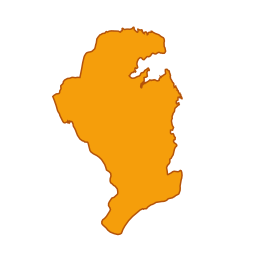 outline of Tanga Urban, Tanga, United Republic of Tanzania, rotated 342°
{"feature_id": "72390352B10610893489740", "entity_name": "Tanga Urban", "entity_type": "district", "adm_level": 2, "iso_a3": "TZA", "parent_name": "United Republic of Tanzania", "parent_adm1": "Tanga", "projection": "robinson", "projection_center": [39.063, -5.126], "detail": "fine", "context": "isolated", "style": "filled", "palette": "amber", "viewbox_px": 256, "rotation_deg": 342, "n_neighbors": 0, "source": "geoboundaries", "source_scale": "gbopen_adm2", "svg_char_len": 5773}
<svg xmlns="http://www.w3.org/2000/svg" viewBox="0 0 256 256"><g transform="rotate(342 128 128)"><path d="M66.2,74.8L66.5,79.0L66.6,84.5L66.4,89.6L66.7,91.6L67.2,93.2L67.1,94.9L67.3,96.6L68.0,101.3L68.4,102.7L69.0,103.3L69.6,103.6L70.6,103.6L71.2,103.4L71.6,103.4L72.3,104.3L72.7,103.9L72.6,103.4L73.0,102.6L73.7,103.6L73.2,104.1L73.2,104.6L73.5,105.2L74.2,104.8L74.2,103.9L74.7,103.4L75.3,104.1L75.9,104.1L76.7,104.9L77.0,107.1L76.6,109.4L77.1,111.5L77.4,113.5L77.7,119.3L78.9,123.6L80.7,126.1L81.8,126.7L82.5,127.9L85.1,129.0L85.4,130.1L84.9,137.5L85.3,139.2L87.1,141.8L89.9,144.6L91.5,146.8L93.1,149.8L93.6,151.6L94.6,155.5L94.7,158.4L94.6,161.3L96.6,163.8L97.5,165.8L97.0,168.4L95.4,170.7L94.6,172.9L94.6,174.7L95.8,176.4L96.6,178.1L97.8,179.4L99.0,182.6L98.6,185.4L98.1,186.9L97.5,187.7L93.4,189.6L90.9,189.7L87.5,192.4L86.2,193.8L85.5,195.8L86.1,198.2L86.1,200.2L84.9,201.5L80.2,205.4L77.7,206.8L75.6,207.5L74.2,208.9L73.6,210.9L74.2,212.6L76.4,216.4L77.3,218.9L79.0,221.5L82.1,224.1L85.5,226.2L87.9,226.4L89.3,226.0L91.8,222.9L94.7,220.2L99.9,216.3L105.0,213.5L114.5,209.6L115.6,209.6L116.9,209.3L117.6,210.0L118.2,209.8L120.7,210.4L122.6,209.2L125.9,208.2L127.7,208.2L129.8,207.9L131.7,207.4L137.3,208.3L139.2,208.8L140.5,208.9L142.4,208.7L144.5,207.7L148.9,208.1L149.8,207.7L150.7,207.7L152.5,207.0L155.0,206.6L155.8,206.4L156.2,206.1L158.2,203.5L159.1,201.2L159.6,199.3L162.6,193.6L163.5,192.4L164.8,189.6L165.4,186.9L165.4,185.2L164.6,184.5L163.5,185.0L162.1,185.1L158.5,183.4L157.0,183.4L155.2,184.0L151.5,184.7L151.2,184.4L151.9,181.2L152.3,178.3L152.6,177.3L154.0,175.8L156.1,174.6L157.0,173.7L157.5,172.8L158.1,170.6L159.7,170.1L161.1,168.7L162.6,167.5L165.7,162.4L167.0,161.0L168.9,160.0L169.1,159.2L168.6,157.8L167.5,156.5L167.2,155.3L167.2,154.4L168.2,153.4L168.7,153.6L169.2,153.5L170.0,151.5L169.4,150.6L169.4,148.2L169.1,147.3L167.5,147.1L166.9,146.3L167.0,145.4L167.8,143.2L168.5,143.3L169.7,143.8L170.2,143.1L171.5,141.6L171.0,139.6L171.0,138.2L171.4,135.1L171.8,134.0L173.1,132.4L173.3,131.1L174.2,129.6L174.8,129.2L174.9,128.7L175.3,128.1L176.7,127.1L177.4,126.4L178.3,124.4L178.9,123.7L183.1,121.7L183.8,121.7L184.1,121.3L183.7,120.8L184.1,119.8L184.0,119.7L181.9,120.2L181.6,119.2L181.9,119.1L182.0,118.6L181.9,118.3L182.0,117.9L182.5,117.2L184.1,116.9L185.1,114.3L186.6,114.5L186.8,115.2L187.1,114.8L187.3,115.3L188.0,115.5L188.1,116.5L188.3,116.8L188.5,116.6L188.4,116.4L188.6,115.8L188.2,113.1L187.5,112.6L188.1,112.8L188.0,112.1L188.3,112.1L188.2,111.8L187.5,111.2L187.8,110.9L187.5,110.8L187.1,109.9L187.2,108.8L187.0,108.3L187.2,108.1L186.9,107.4L186.6,107.3L186.8,107.1L186.6,105.2L186.3,104.7L186.3,104.4L186.4,104.0L186.1,103.5L186.2,102.9L185.9,103.0L185.4,103.7L184.7,103.7L185.0,103.3L184.7,102.7L184.7,101.4L184.9,101.0L184.9,101.8L185.0,100.8L185.2,100.2L185.2,99.3L185.7,99.1L185.1,99.2L184.6,98.6L184.1,95.4L183.8,94.4L183.8,93.4L184.1,92.8L184.1,91.9L184.7,91.0L184.6,90.1L184.7,89.2L184.5,87.8L184.7,87.4L184.8,86.5L183.9,85.8L183.6,84.7L183.1,84.1L182.4,84.2L181.7,83.9L181.4,84.3L180.9,86.1L180.8,87.5L180.0,88.3L178.9,88.4L178.2,88.8L177.7,88.8L177.1,89.2L176.6,89.3L176.4,89.1L175.0,90.1L174.8,89.9L175.0,89.7L174.8,89.4L174.8,89.7L174.5,89.7L172.8,91.1L172.5,91.6L172.6,91.8L172.3,92.3L170.8,92.4L169.6,91.7L168.4,90.4L167.9,90.5L167.3,90.1L166.5,90.2L166.4,89.9L166.4,90.1L165.5,89.8L164.7,90.0L164.4,89.8L164.3,89.5L163.7,89.0L161.9,89.8L160.0,90.2L159.5,90.5L159.1,90.2L158.0,90.2L157.9,90.6L158.0,90.8L157.9,90.9L157.3,90.6L157.4,90.2L156.3,90.7L156.3,91.0L155.7,91.1L155.5,90.8L155.1,90.8L154.0,91.6L154.3,91.8L153.9,91.9L153.7,92.6L153.8,92.8L153.6,92.8L153.8,93.1L153.5,93.2L153.5,93.8L153.4,93.9L153.1,93.9L152.8,93.3L152.9,92.3L154.2,90.0L155.4,89.6L157.9,88.2L158.9,85.0L161.4,85.2L162.5,84.6L162.5,83.7L162.9,82.3L163.0,81.1L164.6,79.5L165.2,79.4L165.9,79.8L166.2,79.4L165.9,77.4L165.0,77.3L163.7,78.1L162.4,78.2L161.5,78.6L160.7,79.4L159.5,79.9L158.6,79.7L157.3,79.9L155.9,81.5L154.8,82.0L152.5,82.0L149.6,82.5L147.8,82.1L146.9,81.7L146.2,80.8L145.3,79.1L145.3,78.6L146.0,78.5L146.8,77.6L148.5,76.6L149.4,76.6L149.9,76.8L151.0,76.0L152.2,77.1L152.6,76.9L152.9,76.6L152.6,75.5L152.6,74.5L152.9,73.6L153.4,73.1L153.7,73.1L154.3,74.0L155.4,73.8L156.0,73.3L156.1,70.3L156.5,69.1L157.4,67.6L159.2,65.7L161.2,64.8L162.3,65.3L162.8,66.0L163.1,67.1L163.7,67.7L164.3,68.0L167.9,66.1L168.7,66.1L169.8,66.7L171.7,66.3L173.5,64.8L174.4,64.5L175.2,64.8L176.4,65.8L177.5,66.2L178.7,65.8L180.2,65.5L181.2,65.8L182.0,66.7L183.1,67.1L184.1,67.7L185.6,68.1L186.5,67.6L187.5,66.6L187.9,63.2L187.6,61.7L188.6,58.0L189.3,56.9L189.7,55.6L189.8,54.0L189.5,53.1L187.7,51.2L186.1,48.8L183.0,46.4L181.2,44.5L180.6,43.4L180.0,43.2L179.8,44.1L179.1,44.1L178.5,43.7L177.4,43.5L176.3,44.0L175.9,45.0L175.2,45.2L175.3,43.6L174.9,42.3L174.1,42.0L172.9,42.4L172.5,43.2L171.9,42.5L171.7,40.8L171.3,40.8L171.2,40.5L171.6,39.8L171.7,39.3L171.0,38.7L170.2,38.7L169.5,38.5L168.0,37.0L167.8,37.2L167.8,37.7L167.5,38.9L166.8,39.8L166.4,39.8L165.9,39.2L164.4,36.4L164.7,34.5L164.7,34.1L164.5,33.9L164.0,33.9L162.3,34.8L160.3,34.7L158.4,33.9L156.9,33.5L155.4,33.3L154.7,33.0L153.8,31.6L153.5,31.5L153.0,31.8L152.7,33.4L152.3,33.7L151.5,33.6L150.6,34.4L150.2,34.4L148.7,32.9L142.2,30.5L140.0,30.1L138.2,30.4L137.2,29.6L136.8,29.7L135.2,30.7L133.4,30.3L132.2,30.4L131.7,30.7L130.0,30.8L127.5,32.4L125.9,33.7L124.0,37.6L123.3,38.4L121.8,41.0L120.8,42.4L117.6,43.9L116.2,44.0L113.8,43.7L112.2,43.7L111.0,44.2L109.0,45.9L108.1,47.0L105.0,52.1L102.5,56.9L97.9,65.1L95.5,64.2L93.5,63.9L91.0,62.7L90.0,62.5L88.1,62.7L85.8,62.2L82.6,62.8L80.9,63.9L80.3,65.1L79.6,65.8L77.2,67.0L76.7,68.4L76.7,69.3L76.5,69.7L75.5,70.9L74.7,71.5L73.9,73.2L73.5,73.6L72.9,73.8L72.0,73.8L70.3,73.4L67.7,74.1L66.2,74.8Z" fill="#f59e0b" stroke="#b45309" stroke-width="1.5"/></g></svg>